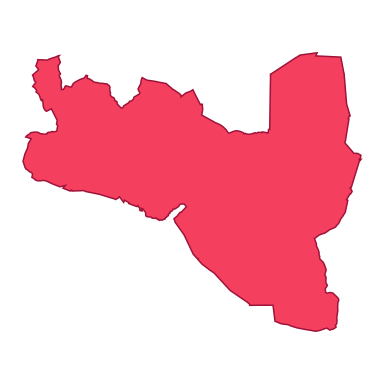 the district of Jiquilpan, Michoacán, Mexico
{"feature_id": "50627088B31285404529678", "entity_name": "Jiquilpan", "entity_type": "district", "adm_level": 2, "iso_a3": "MEX", "parent_name": "Mexico", "parent_adm1": "Michoacán", "projection": "robinson", "projection_center": [-102.775, 19.967], "detail": "fine", "context": "isolated", "style": "filled", "palette": "rose", "viewbox_px": 384, "rotation_deg": 0, "n_neighbors": 0, "source": "geoboundaries", "source_scale": "gbopen_adm2", "svg_char_len": 5763}
<svg xmlns="http://www.w3.org/2000/svg" viewBox="0 0 384 384"><path d="M249.6,305.3L273.0,305.2L275.0,321.3L281.3,323.8L285.6,324.4L287.1,324.5L289.2,325.1L291.1,326.1L297.2,327.9L306.0,329.6L311.2,330.4L314.0,331.0L316.4,331.2L319.9,330.4L326.6,328.1L328.9,329.4L329.6,330.1L333.4,329.0L334.7,328.2L336.1,327.1L335.5,325.3L336.7,323.6L337.0,320.8L336.8,317.5L337.8,310.6L337.6,307.8L337.9,302.7L337.8,302.4L338.5,301.4L338.7,299.8L338.5,298.8L337.7,297.7L336.1,296.1L334.3,294.4L332.8,293.0L329.8,292.5L327.0,293.2L325.6,292.2L325.3,288.4L326.9,286.4L327.3,285.2L325.9,282.7L325.9,280.7L325.8,279.7L326.2,278.4L325.7,277.0L325.8,276.4L324.8,275.0L326.2,269.9L324.3,264.4L323.2,262.3L320.2,259.3L319.7,258.6L319.7,256.3L319.0,254.4L319.1,252.6L318.4,250.1L316.4,245.8L316.4,243.8L314.5,238.6L318.9,235.2L321.8,234.0L324.6,233.2L327.3,231.5L329.1,230.1L330.9,229.1L332.7,228.5L335.7,227.0L336.5,225.6L338.4,223.7L339.3,222.2L339.6,221.4L339.9,220.9L341.2,218.2L342.7,216.4L345.1,212.5L345.5,211.2L347.8,200.3L346.5,199.7L349.9,194.1L350.3,194.1L351.6,192.5L351.6,192.3L352.1,191.4L351.5,190.0L350.6,188.5L350.4,188.2L350.0,188.0L350.1,187.9L350.5,187.7L350.9,187.7L351.3,187.3L359.5,160.7L359.8,160.8L360.2,160.5L360.9,159.4L361.0,159.3L359.3,159.1L359.5,158.7L360.4,158.6L360.9,155.2L360.4,155.0L357.6,153.4L353.8,153.3L351.4,150.4L344.8,142.8L345.4,141.0L348.9,119.3L348.3,118.7L348.7,118.5L349.3,115.7L350.1,115.8L346.6,104.1L344.1,73.6L343.7,72.2L340.8,57.1L315.8,55.9L317.1,52.8L300.5,55.0L299.6,55.6L299.4,55.4L296.8,57.2L296.2,57.4L286.2,64.0L284.1,65.4L275.4,71.1L270.9,74.1L270.5,74.1L270.5,79.9L270.4,82.5L269.7,129.4L268.6,129.4L268.1,132.9L262.4,131.9L262.2,131.9L262.0,132.1L261.9,132.6L261.1,132.4L258.5,132.3L258.0,132.4L257.8,132.7L257.2,132.9L256.5,133.4L255.6,132.8L254.2,132.9L253.6,133.4L253.0,133.4L252.2,133.7L251.8,133.7L251.4,133.9L249.7,134.3L248.3,134.2L247.6,134.0L247.0,134.0L245.7,133.7L245.4,133.4L244.9,133.5L244.5,133.7L244.1,133.8L243.4,132.8L241.6,132.0L239.7,131.3L238.4,131.0L236.9,130.8L235.5,130.8L233.1,131.5L229.3,133.1L228.5,132.9L228.1,132.5L225.9,129.5L223.5,127.2L222.1,126.1L220.5,125.0L219.0,124.2L217.3,123.4L214.9,122.5L213.6,121.6L201.7,115.1L202.7,109.7L202.3,104.4L202.1,104.1L201.9,104.1L200.3,104.6L200.0,103.8L195.5,95.1L192.9,89.7L191.1,90.9L188.4,92.1L186.1,92.8L182.5,95.6L181.1,96.8L181.2,95.5L179.8,93.9L173.7,89.7L173.3,89.7L172.7,89.1L171.8,88.5L170.8,87.5L168.8,85.9L166.1,83.5L157.9,82.0L156.5,81.6L151.6,80.8L148.2,80.4L146.4,79.9L142.2,77.6L141.1,80.3L140.8,83.5L138.1,88.8L138.5,90.5L138.9,91.3L139.9,92.4L139.8,93.1L139.2,94.1L134.0,97.1L133.6,98.7L131.9,100.8L129.4,101.3L128.9,102.6L123.6,105.9L123.2,107.3L121.9,108.0L121.2,108.0L120.8,107.5L120.1,107.0L117.1,103.8L117.2,102.7L117.0,101.9L116.6,101.4L116.2,101.1L115.3,101.1L114.2,98.3L113.7,97.6L112.5,97.3L110.8,95.9L110.3,95.0L110.5,93.0L109.7,89.9L110.0,87.6L109.7,86.4L109.2,85.6L108.5,85.2L107.2,84.0L106.9,84.0L106.2,83.8L104.5,83.7L103.7,83.4L102.9,83.5L102.3,83.3L101.5,83.2L100.2,83.4L98.2,82.8L94.1,82.1L92.8,81.3L92.0,80.3L91.5,80.3L89.3,78.8L87.4,78.4L87.3,76.8L87.5,75.7L86.1,75.3L84.6,77.5L84.1,78.1L80.4,79.3L78.4,80.3L75.1,82.1L73.8,83.0L72.8,84.2L71.8,86.3L71.5,86.9L70.9,87.0L70.2,86.9L69.7,87.0L68.3,86.4L66.3,85.9L65.5,85.9L65.1,86.4L64.8,87.2L64.3,88.2L63.2,89.5L61.5,89.6L61.5,86.9L61.2,86.7L61.0,86.3L61.0,85.7L61.5,82.2L61.2,80.5L60.9,79.5L59.9,77.1L59.6,76.7L59.4,76.0L59.3,75.3L59.6,74.8L60.5,74.0L58.8,70.6L58.5,70.3L58.3,66.4L58.1,65.6L58.7,65.1L60.0,63.0L60.3,62.2L60.2,61.6L59.8,61.1L59.2,59.1L58.8,58.2L58.5,57.7L58.4,56.7L59.3,55.6L58.3,55.8L54.5,57.4L51.1,58.4L49.9,58.9L49.2,59.0L47.7,59.9L47.1,60.1L41.2,59.8L37.9,59.7L38.0,60.0L35.9,66.0L38.3,69.3L38.5,69.9L32.5,75.1L33.0,76.0L33.9,78.6L33.9,79.2L34.1,79.7L34.3,80.5L34.9,81.2L35.6,81.8L35.0,83.6L33.8,84.9L32.7,86.5L34.7,87.8L35.3,88.8L35.9,89.3L36.2,89.7L36.5,90.1L36.5,91.2L36.2,91.6L36.0,91.9L38.7,94.1L39.4,95.5L40.8,99.6L41.4,100.6L42.5,99.7L42.8,101.2L43.1,104.1L43.1,105.4L43.4,106.9L44.0,108.5L44.9,110.1L46.0,111.0L46.5,111.3L51.4,108.8L57.2,120.4L56.5,124.2L57.1,124.9L57.7,126.1L57.4,127.4L57.2,128.0L57.0,129.9L56.6,131.1L55.9,131.5L52.9,131.8L52.6,131.8L52.2,131.5L51.5,131.5L51.0,131.8L50.2,132.5L49.5,132.5L49.2,132.3L48.3,132.2L46.8,133.4L46.9,133.9L44.6,134.2L40.4,133.6L37.9,132.3L36.4,132.1L34.6,132.1L32.1,132.4L30.8,132.8L28.7,134.5L27.1,135.5L26.5,136.0L25.7,137.0L31.3,138.7L28.4,143.3L27.6,147.9L24.9,154.0L23.0,161.3L25.1,167.6L25.9,169.0L27.0,169.6L28.7,170.9L29.5,171.8L31.0,172.2L32.3,173.5L32.4,174.4L32.3,175.7L32.1,176.3L31.9,177.4L34.0,178.6L35.3,180.0L38.1,180.9L39.1,180.8L40.2,180.9L40.7,180.7L44.1,180.4L46.7,181.2L51.6,183.5L59.6,186.7L61.1,186.6L65.3,185.5L63.0,188.2L70.1,191.0L70.9,191.0L71.3,190.1L72.6,190.8L72.6,191.0L84.1,190.6L85.2,191.4L99.7,194.4L115.4,199.2L115.7,199.5L117.7,198.3L118.5,197.8L119.5,196.8L123.7,202.4L124.5,200.2L129.0,202.7L128.7,203.5L136.5,206.5L137.7,205.8L137.6,206.4L137.9,206.5L139.4,207.5L140.0,210.6L142.2,210.9L141.5,208.4L142.9,209.0L145.5,212.4L145.8,215.8L146.7,216.6L148.2,216.8L149.0,217.0L150.6,217.0L151.4,217.3L152.1,218.2L153.2,218.1L155.0,218.5L155.8,217.9L156.3,218.0L157.4,219.5L157.9,219.3L158.7,219.4L159.1,220.3L159.6,220.4L160.5,219.9L162.1,220.2L163.9,219.3L165.0,219.0L165.4,217.8L166.6,217.2L167.1,216.3L168.4,215.6L168.5,213.8L169.9,213.3L170.2,211.7L171.8,211.2L173.0,209.7L173.1,209.3L173.4,209.4L174.1,208.8L174.9,209.0L178.6,206.5L179.9,204.3L182.2,204.0L184.2,204.1L186.4,206.7L181.2,212.3L180.1,212.3L177.1,216.1L173.9,218.8L174.7,220.7L175.1,222.2L184.1,234.9L193.2,254.1L196.6,258.0L198.0,258.7L197.6,259.1L202.0,264.1L209.8,270.1L214.1,273.0L230.2,290.5L247.0,302.0L249.7,304.3L249.6,305.3Z" fill="#f43f5e" stroke="#9f1239" stroke-width="1.5"/></svg>